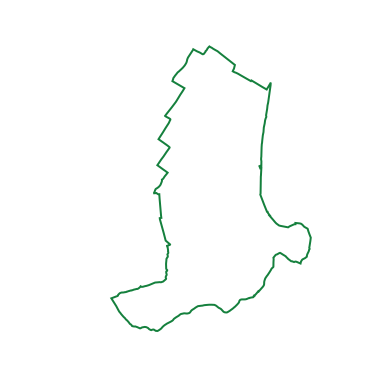 outline of Muntenii De Sus, Vaslui, Romania, rotated 59°
{"feature_id": "2599482B76397304697480", "entity_name": "Muntenii De Sus", "entity_type": "district", "adm_level": 2, "iso_a3": "ROU", "parent_name": "Romania", "parent_adm1": "Vaslui", "projection": "albers", "projection_center": [27.767, 46.691], "detail": "fine", "context": "isolated", "style": "outline", "palette": "green", "viewbox_px": 384, "rotation_deg": 59, "n_neighbors": 0, "source": "geoboundaries", "source_scale": "gbopen_adm2", "svg_char_len": 6075}
<svg xmlns="http://www.w3.org/2000/svg" viewBox="0 0 384 384"><g transform="rotate(59 192 192)"><path d="M276.0,312.4L276.3,312.2L277.0,311.4L277.5,310.9L278.0,309.9L279.4,308.7L282.1,306.8L282.3,306.2L282.3,305.3L282.4,304.4L282.9,303.1L283.3,302.0L284.3,300.8L285.8,299.8L286.9,299.5L287.4,299.4L288.1,299.0L288.8,298.6L289.4,298.1L289.5,297.3L289.7,296.6L290.0,295.9L290.4,295.5L291.7,294.9L292.4,294.5L292.6,294.1L293.2,293.5L293.4,292.7L293.4,290.8L293.2,289.1L293.2,288.7L292.7,287.4L292.2,285.4L292.0,283.7L292.0,282.8L291.9,281.5L292.0,279.9L292.2,277.0L292.2,275.9L292.2,275.3L292.1,274.5L291.9,274.0L291.6,273.3L291.4,272.6L291.2,270.0L291.2,267.1L290.9,265.7L290.9,265.0L290.9,264.2L291.4,262.8L291.9,261.3L292.3,260.7L293.6,258.9L294.0,257.9L294.2,257.1L294.3,256.9L294.3,256.3L294.2,255.7L293.4,253.9L293.2,253.2L293.1,251.7L293.1,250.5L293.0,249.3L292.9,248.6L292.9,247.0L292.9,246.1L293.0,245.4L293.3,244.9L293.6,244.1L294.0,243.2L294.8,241.5L295.0,240.8L295.4,239.6L295.9,238.6L296.3,237.7L297.4,235.5L298.5,233.6L299.7,231.8L300.4,230.8L300.8,230.6L301.3,230.2L302.1,229.8L303.5,229.3L304.9,228.8L306.8,227.6L307.2,227.5L307.6,227.3L308.2,227.2L310.7,226.7L311.5,226.3L311.9,226.0L312.7,225.0L313.2,224.2L313.3,223.5L313.3,222.6L313.3,220.9L313.1,219.1L313.0,217.7L312.8,216.2L312.5,214.8L312.5,214.4L312.5,214.2L312.1,212.8L312.0,212.3L311.8,211.5L311.5,210.5L311.3,209.9L311.0,209.0L310.7,208.5L310.1,207.8L309.8,207.5L309.6,207.2L309.4,206.7L309.3,206.0L309.6,204.9L310.3,203.6L311.2,202.1L311.7,201.1L311.9,200.1L312.0,199.7L312.2,198.0L312.4,197.3L312.5,197.3L312.7,196.3L313.1,195.2L313.5,194.3L313.6,194.0L313.7,193.7L313.6,193.4L313.0,192.8L312.7,192.0L313.2,191.8L312.9,191.3L312.1,188.7L311.2,186.3L311.7,186.2L311.4,185.4L309.7,180.0L309.2,178.9L308.9,178.4L308.6,178.1L308.2,177.7L307.8,177.4L307.1,177.0L306.0,176.2L305.5,175.7L304.7,174.8L303.8,173.7L303.5,173.1L302.6,171.2L302.3,170.3L301.7,169.0L300.7,166.9L299.3,164.2L298.8,163.5L298.5,162.5L298.2,161.0L297.8,160.6L294.1,158.3L291.6,156.6L290.2,156.0L290.1,155.5L289.8,154.9L289.6,154.3L289.3,153.5L289.1,153.0L289.0,152.4L289.1,152.0L289.2,151.4L289.3,150.9L289.3,150.3L289.3,149.1L289.4,148.4L289.5,147.9L290.1,147.5L292.5,146.3L294.6,145.2L295.4,144.8L296.1,144.7L296.7,144.6L298.0,144.2L298.3,144.2L298.8,144.1L302.5,142.6L303.1,141.7L303.5,141.5L303.9,141.1L304.6,140.6L304.8,139.4L305.1,138.9L305.6,138.4L309.2,135.8L309.1,135.7L308.6,135.2L307.7,134.3L306.9,132.7L306.7,132.0L306.9,129.1L306.6,126.9L305.5,126.1L304.5,124.9L303.3,123.0L302.6,122.1L301.6,121.1L301.4,120.5L301.1,120.4L300.2,120.2L298.8,119.0L295.1,115.9L292.3,113.7L289.3,113.2L285.7,112.5L283.0,111.8L280.9,113.0L279.6,113.7L276.7,114.3L275.2,115.0L274.2,116.1L271.8,119.3L272.9,119.9L272.3,121.1L271.7,126.1L271.8,127.8L266.8,133.4L265.6,134.6L262.5,135.9L260.8,136.3L256.4,137.0L251.9,137.8L251.9,137.6L252.0,137.4L249.4,137.7L247.9,137.4L247.6,137.9L240.6,136.8L229.4,134.8L228.6,134.0L220.1,128.7L214.3,125.1L213.5,124.5L207.3,120.3L207.0,121.3L204.6,120.9L204.7,119.9L206.5,119.9L205.3,119.1L201.4,116.7L199.5,115.9L198.2,115.0L197.6,114.5L194.8,112.7L189.5,109.3L186.9,107.5L185.9,106.6L184.1,105.3L182.0,103.7L179.9,102.1L177.5,99.9L173.8,97.3L172.4,96.0L170.7,94.4L168.3,92.5L166.9,91.0L165.9,89.6L164.4,89.0L159.5,84.8L156.7,82.7L154.6,80.7L143.0,71.3L140.9,69.6L139.1,68.4L138.7,68.0L139.3,68.9L140.0,70.3L140.9,71.9L142.0,74.1L142.6,75.2L141.9,75.6L137.7,77.9L131.8,81.0L127.0,83.6L127.3,84.4L122.7,87.0L116.6,90.4L114.4,91.6L112.4,92.9L111.1,94.0L109.5,94.9L109.3,94.6L109.1,94.4L108.2,93.0L107.9,92.5L105.2,89.8L87.6,96.5L85.3,97.3L84.3,97.7L82.8,98.6L80.1,100.1L78.5,100.8L77.6,101.4L76.7,101.9L76.2,102.1L76.4,103.1L76.7,103.7L76.9,104.6L77.2,105.2L77.6,105.6L77.9,106.4L78.2,107.2L78.2,107.7L78.6,108.1L78.8,108.4L79.0,109.0L79.7,110.6L79.6,111.0L79.6,111.6L79.3,112.0L76.3,113.6L74.1,115.2L70.3,117.4L70.7,117.9L71.9,120.4L74.7,126.2L75.5,127.3L76.2,128.1L76.8,128.6L78.2,130.1L79.1,131.7L79.8,133.1L80.7,135.7L81.3,138.2L81.5,139.3L81.9,141.1L82.1,142.7L82.8,144.5L83.6,146.7L84.2,148.0L84.5,148.8L84.9,149.5L85.4,149.9L86.4,151.1L86.9,151.7L99.1,145.0L100.5,147.6L102.6,152.0L105.7,157.9L106.5,159.5L109.0,165.7L111.6,172.6L112.9,175.9L113.1,175.9L114.1,175.4L117.3,173.5L118.3,173.1L118.9,173.3L119.4,174.2L120.2,175.3L121.0,176.5L123.8,182.2L125.8,186.0L128.2,190.9L129.5,193.5L139.3,189.2L141.1,188.5L142.2,188.2L142.5,188.4L144.7,193.5L146.9,198.2L148.3,201.7L151.2,207.9L157.1,205.4L162.9,202.9L163.0,203.1L164.6,207.5L165.8,209.9L165.9,211.4L166.4,211.6L167.5,212.5L168.8,214.2L169.6,215.3L170.0,216.3L170.4,217.4L170.7,219.4L170.7,220.6L170.7,220.9L170.8,221.7L171.6,222.9L172.4,223.8L173.2,225.0L173.6,225.1L173.7,224.9L174.6,223.0L175.0,222.9L176.0,222.4L176.8,221.9L177.1,221.2L181.0,223.2L196.3,230.7L198.4,231.6L197.8,233.1L198.6,233.5L212.3,237.3L220.1,239.6L225.6,237.8L225.9,238.2L225.3,241.1L226.1,241.4L226.5,241.2L230.0,242.7L230.4,243.1L231.0,243.2L232.0,243.7L232.6,244.8L232.8,245.2L233.6,245.4L234.7,245.9L235.1,246.2L235.4,247.0L236.3,248.5L236.9,248.8L239.6,250.8L240.5,251.4L242.1,252.3L244.4,253.6L245.4,253.7L245.6,253.6L246.2,253.5L246.7,253.9L246.7,254.4L247.0,255.1L247.6,255.5L248.5,255.9L249.1,256.0L250.0,256.4L250.5,257.3L251.2,258.2L251.8,258.6L252.2,258.7L252.7,258.7L253.3,259.3L253.9,262.9L253.4,265.1L252.7,266.0L250.6,270.3L249.6,277.0L249.0,279.4L248.5,280.8L248.0,282.7L247.5,283.9L246.4,284.6L246.8,285.3L246.8,285.8L246.9,286.2L247.1,287.7L247.0,288.7L246.6,289.3L246.4,290.1L245.7,292.3L245.5,293.6L245.2,294.7L245.0,294.8L244.7,296.0L244.2,297.8L244.1,298.4L244.0,299.0L243.8,299.3L243.8,299.9L243.6,300.6L243.3,301.1L243.2,301.3L243.1,301.8L242.9,302.3L242.6,302.8L242.3,303.5L241.9,304.1L241.6,305.5L241.6,306.3L242.1,308.3L242.6,308.7L242.8,309.4L242.5,310.8L241.6,315.9L246.0,315.8L250.9,315.7L254.3,315.9L257.0,316.0L258.8,315.7L260.1,315.6L263.6,315.0L265.8,314.4L267.2,314.3L268.2,313.9L270.0,313.5L271.2,313.3L272.7,313.2L273.4,313.0L274.1,312.6L275.0,312.4L275.7,312.4L276.0,312.4Z" fill="none" stroke="#15803d" stroke-width="2"/></g></svg>